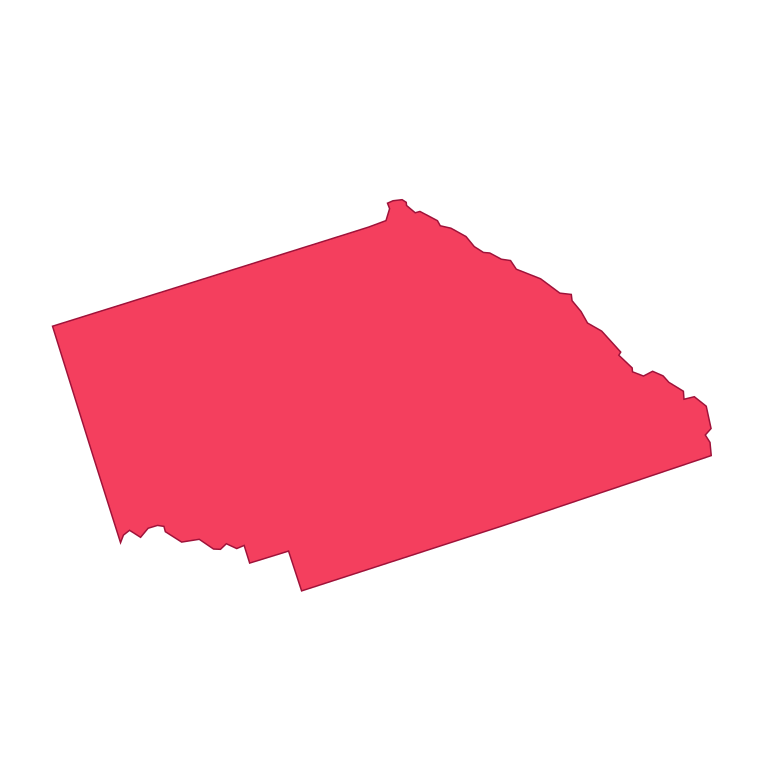 the district of Saguache, Colorado, United States of America, rotated 342°
{"feature_id": "52423323B75261730281757", "entity_name": "Saguache", "entity_type": "district", "adm_level": 2, "iso_a3": "USA", "parent_name": "United States of America", "parent_adm1": "Colorado", "projection": "orthographic", "projection_center": [-106.091, 38.103], "detail": "fine", "context": "isolated", "style": "filled", "palette": "rose", "viewbox_px": 768, "rotation_deg": 342, "n_neighbors": 0, "source": "geoboundaries", "source_scale": "gbopen_adm2", "svg_char_len": 970}
<svg xmlns="http://www.w3.org/2000/svg" viewBox="0 0 768 768"><g transform="rotate(342 384 384)"><path d="M673.1,553.2L676.0,540.3L673.8,531.8L681.3,527.4L683.6,504.7L675.2,492.0L664.6,491.2L666.5,483.4L655.4,470.4L652.0,462.6L643.4,454.9L633.2,456.6L624.1,449.2L625.0,445.4L616.2,429.2L619.0,426.8L607.4,401.0L596.4,388.9L593.8,376.0L588.6,362.9L589.8,356.7L579.3,351.9L565.5,332.4L545.3,315.7L542.5,305.7L534.2,301.6L525.1,292.1L519.2,289.6L512.3,281.2L507.6,269.2L495.8,256.5L486.4,250.9L485.3,245.2L471.5,231.0L466.6,230.8L460.6,221.2L461.3,218.1L458.2,214.3L449.2,212.5L443.2,213.1L443.5,219.0L436.4,229.2L417.9,230.0L371.9,229.6L177.5,227.6L86.6,226.6L85.1,361.2L84.4,453.5L89.5,447.2L96.8,444.5L105.1,454.6L115.1,448.3L124.9,448.5L130.7,451.4L130.4,456.9L142.7,471.8L160.3,474.6L170.9,488.3L177.4,490.7L184.7,487.2L193.1,495.0L201.1,494.3L200.9,512.8L241.6,513.4L241.7,555.3L451.1,555.5L673.1,553.2Z" fill="#f43f5e" stroke="#9f1239" stroke-width="1.5"/></g></svg>